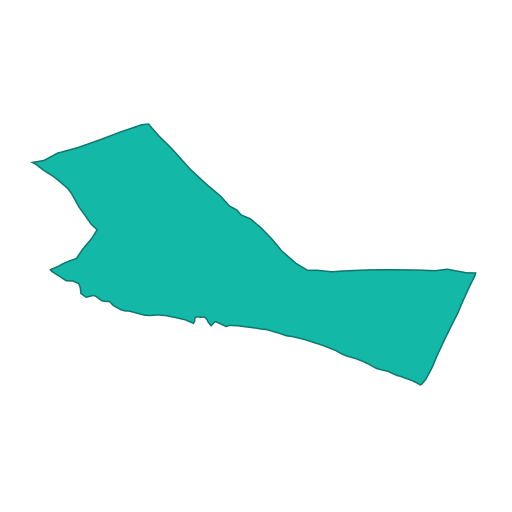 Whojah, Maryland, Liberia (orthographic projection), rotated 267°
{"feature_id": "62588387B36010153941862", "entity_name": "Whojah", "entity_type": "district", "adm_level": 2, "iso_a3": "LBR", "parent_name": "Liberia", "parent_adm1": "Maryland", "projection": "orthographic", "projection_center": [-8.023, 4.944], "detail": "fine", "context": "isolated", "style": "filled", "palette": "teal", "viewbox_px": 512, "rotation_deg": 267, "n_neighbors": 0, "source": "geoboundaries", "source_scale": "gbopen_adm2", "svg_char_len": 2123}
<svg xmlns="http://www.w3.org/2000/svg" viewBox="0 0 512 512"><g transform="rotate(267 256 256)"><path d="M227.6,474.4L228.1,465.7L232.8,446.3L231.9,434.2L233.5,416.7L235.5,385.8L236.1,369.9L236.3,362.4L236.5,340.8L236.2,331.3L238.5,316.6L239.0,306.7L246.5,295.6L259.5,282.1L271.3,273.4L282.8,263.5L293.4,252.4L297.8,243.3L302.7,239.5L306.2,234.0L307.4,232.0L311.1,229.0L317.3,224.1L329.9,210.6L345.7,195.2L368.2,177.0L381.2,165.1L391.8,156.8L393.4,155.6L393.3,152.9L393.0,148.5L386.8,126.6L382.8,114.3L380.5,107.2L373.4,83.0L369.1,63.1L362.5,49.2L361.1,37.6L359.8,40.1L352.8,48.3L346.4,57.3L341.7,62.8L333.4,71.4L328.4,74.8L327.9,75.1L314.0,81.9L307.1,86.4L304.0,88.3L296.3,93.1L290.6,98.7L282.5,93.2L271.7,83.1L263.0,76.6L260.4,68.1L258.5,63.1L256.1,58.1L253.2,50.0L251.5,51.0L249.8,53.4L248.6,55.0L246.2,58.5L241.2,65.2L240.6,71.9L237.7,77.6L233.4,78.9L227.7,79.2L225.2,82.3L224.7,82.9L223.7,84.4L224.3,87.2L225.1,91.1L224.4,93.6L221.8,96.8L219.5,99.3L218.7,102.6L218.3,105.8L218.0,107.6L214.4,110.5L212.9,112.7L212.0,114.1L209.4,118.3L208.0,122.3L207.7,126.2L204.9,134.9L202.8,141.4L202.1,147.0L202.2,149.1L202.3,154.8L201.1,163.3L200.6,165.3L198.7,172.6L195.8,182.6L194.6,184.8L192.8,188.5L192.0,190.0L194.0,191.3L197.0,191.6L198.5,193.6L198.1,195.8L197.7,197.6L197.8,201.4L195.0,203.8L192.9,204.6L189.8,206.7L188.7,207.5L191.3,210.2L192.6,211.7L191.4,214.7L189.0,219.0L187.1,222.6L188.1,225.9L187.7,229.5L187.4,233.4L186.2,239.8L184.0,252.2L182.8,257.1L182.7,257.9L182.0,262.6L177.5,275.5L175.9,279.4L174.7,282.4L173.6,288.3L169.9,300.7L166.0,310.7L162.9,318.9L161.0,322.9L159.6,326.0L159.1,326.9L157.4,330.8L154.4,335.4L153.2,337.5L152.9,338.0L152.5,339.0L151.2,341.8L149.9,345.6L148.0,351.1L144.9,357.7L143.6,360.0L142.1,362.9L138.8,368.1L137.3,370.6L137.1,371.3L135.7,375.5L133.9,381.8L131.0,387.1L129.1,391.0L128.4,393.6L126.0,399.2L125.7,400.0L123.8,404.5L120.6,410.4L119.6,411.9L118.6,413.5L119.6,415.1L124.2,419.3L135.6,426.1L141.8,429.1L145.8,431.0L161.3,439.2L176.7,447.8L188.9,454.8L194.4,457.4L201.3,460.8L215.7,468.4L225.3,473.8L227.6,474.4Z" fill="#14b8a6" stroke="#0f766e" stroke-width="1.5"/></g></svg>